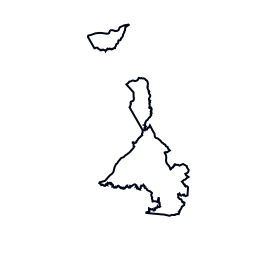 Barra do Bugres, Mato Grosso, Brazil (Albers equal-area conic projection), rotated 60°
{"feature_id": "56859067B85276228121814", "entity_name": "Barra do Bugres", "entity_type": "district", "adm_level": 2, "iso_a3": "BRA", "parent_name": "Brazil", "parent_adm1": "Mato Grosso", "projection": "albers", "projection_center": [-57.646, -15.115], "detail": "fine", "context": "isolated", "style": "outline", "palette": "ink", "viewbox_px": 256, "rotation_deg": 60, "n_neighbors": 0, "source": "geoboundaries", "source_scale": "gbopen_adm2", "svg_char_len": 5977}
<svg xmlns="http://www.w3.org/2000/svg" viewBox="0 0 256 256"><g transform="rotate(60 128 128)"><path d="M216.2,110.2L209.3,105.6L208.1,105.9L207.6,106.5L207.6,107.1L207.0,107.0L206.6,107.6L206.1,107.2L205.7,107.4L205.2,107.2L204.7,107.8L203.4,107.7L201.4,108.1L201.0,105.3L201.3,104.1L200.7,102.1L200.7,100.1L197.9,101.4L196.3,101.2L196.6,100.0L196.4,98.3L195.6,97.2L194.7,96.5L191.4,96.6L190.6,96.1L186.7,98.3L186.3,102.3L185.2,102.8L183.8,104.9L183.2,105.2L183.2,105.7L182.8,105.8L182.8,106.1L183.5,106.7L183.8,106.6L184.1,107.4L184.0,108.1L184.4,108.2L184.6,108.6L184.4,108.8L184.5,110.7L185.1,111.1L185.1,111.9L181.7,111.4L178.7,112.0L177.2,112.0L175.3,111.4L172.2,109.3L170.2,108.7L167.9,108.7L167.5,108.5L167.8,107.3L168.2,107.3L168.5,106.6L168.4,103.0L165.7,103.6L164.3,103.2L162.7,104.3L161.1,104.1L159.5,105.1L158.7,105.2L157.4,106.0L155.4,106.2L152.6,107.2L151.7,107.6L150.6,108.8L149.9,109.0L148.7,109.0L146.2,107.9L143.4,108.0L136.7,107.7L138.1,109.7L137.8,111.2L138.8,112.2L138.6,113.0L138.0,113.7L137.9,114.0L138.4,114.6L138.1,114.9L137.0,114.3L137.1,113.4L136.0,113.4L135.6,111.8L135.1,112.2L134.3,112.0L133.7,112.4L133.8,111.9L132.9,111.3L132.8,110.8L132.1,110.5L130.8,108.3L130.8,107.2L129.5,104.5L129.7,103.5L129.1,103.0L128.7,101.6L127.9,101.3L127.5,101.5L126.7,100.9L127.0,100.2L125.7,99.7L125.1,100.0L124.6,99.0L124.0,99.1L123.4,98.4L123.4,98.0L123.0,97.9L121.8,97.9L121.8,98.7L121.5,99.4L120.6,99.2L120.0,98.3L118.4,97.4L117.8,97.5L117.3,97.1L116.9,96.0L116.4,95.9L116.4,96.4L116.0,96.4L115.1,95.7L115.1,95.3L114.2,95.7L113.7,95.6L112.9,94.9L111.6,92.8L111.2,92.6L110.0,92.3L109.7,92.5L108.5,92.5L107.8,92.0L107.1,92.1L106.9,91.3L105.0,91.4L102.8,91.1L102.2,90.7L102.2,90.2L101.1,89.8L99.7,88.6L97.3,87.9L96.2,88.0L95.6,88.5L93.9,88.8L92.7,89.8L92.4,90.7L91.5,91.4L91.2,92.4L90.0,93.5L90.3,94.2L91.0,94.9L91.4,96.6L90.8,98.6L89.4,99.8L89.1,100.6L89.0,102.1L88.5,103.7L89.2,105.5L89.4,107.6L99.9,105.4L104.1,107.7L104.9,107.8L106.3,108.8L107.0,109.7L106.7,112.5L107.8,113.4L108.4,113.3L108.9,113.6L109.4,114.5L110.4,115.3L110.8,116.3L138.4,116.4L138.0,116.5L137.9,116.9L139.4,117.6L139.7,118.5L140.4,119.1L141.4,119.3L141.6,121.0L142.0,122.0L142.0,123.4L142.4,123.8L142.5,124.6L143.2,125.8L143.5,126.9L144.6,128.0L144.3,128.7L144.5,129.4L143.0,130.5L142.8,131.1L143.2,131.3L143.4,131.1L144.6,131.2L146.4,132.2L147.2,131.8L148.2,133.7L149.8,138.6L150.3,141.8L150.4,144.2L150.9,145.7L151.0,146.6L150.6,148.9L152.1,153.0L153.2,155.1L153.3,156.5L155.5,159.5L158.7,162.5L159.7,164.9L159.9,167.1L160.8,170.1L162.2,174.0L162.0,175.7L161.2,178.2L161.5,178.7L160.9,179.5L161.3,180.2L161.7,180.0L161.8,179.5L162.1,179.6L162.1,180.1L162.8,179.7L163.4,179.9L163.8,179.5L164.2,179.6L164.6,178.7L164.4,178.4L165.4,177.6L165.9,177.7L166.7,176.8L166.6,176.3L166.2,176.4L166.2,175.7L166.7,175.1L165.8,175.3L165.6,174.9L166.4,174.1L165.6,173.7L165.4,173.2L166.1,173.2L166.5,172.5L166.2,171.8L167.0,171.5L166.6,170.8L166.9,170.2L167.4,170.1L167.5,170.5L168.4,170.9L168.6,170.6L168.5,170.2L168.9,170.2L168.9,169.8L169.7,169.6L170.4,170.3L170.4,169.8L170.9,170.0L171.7,169.7L171.9,170.0L172.1,169.8L172.5,170.0L173.1,169.1L172.9,168.4L173.2,168.5L173.2,168.1L173.7,167.9L173.7,167.5L173.4,166.0L173.0,165.8L173.1,165.3L173.4,165.0L174.0,165.2L174.7,164.7L175.1,164.8L176.1,164.4L175.9,164.1L175.6,164.1L175.9,163.7L176.8,163.1L177.1,163.5L178.1,162.6L177.6,162.0L178.5,161.8L178.7,160.9L178.2,160.5L178.3,159.9L178.1,159.6L178.2,159.1L177.9,159.4L177.3,157.9L177.4,157.6L177.9,158.0L178.5,157.5L179.0,157.6L180.0,156.9L180.3,156.9L180.7,155.7L180.5,155.4L180.2,155.2L179.9,155.6L179.2,155.0L179.8,154.5L180.2,153.9L179.9,151.8L180.2,150.2L181.6,149.6L182.4,150.4L182.4,149.8L183.0,150.1L183.3,149.4L184.0,149.4L184.0,150.0L184.5,150.3L184.6,149.6L185.7,149.8L186.8,148.8L186.3,148.8L187.1,148.1L186.6,147.7L186.4,146.8L185.5,146.6L184.8,145.7L185.0,145.1L184.7,145.0L185.7,143.3L185.3,143.5L185.0,143.0L185.8,142.9L187.7,143.4L188.6,143.3L189.1,142.6L190.2,142.2L191.3,142.4L192.6,141.6L194.0,140.5L196.2,139.7L196.6,140.0L197.3,141.2L199.0,141.8L200.2,141.7L201.1,142.6L202.7,142.8L203.6,143.3L203.7,144.2L204.5,141.9L205.6,140.4L206.9,139.4L204.2,136.9L203.9,136.6L204.2,136.3L206.9,137.9L208.6,138.0L209.4,138.9L210.0,138.7L211.2,139.4L212.0,139.3L212.3,140.2L211.1,141.7L210.8,141.7L211.6,142.5L211.0,143.5L211.5,144.3L210.9,145.2L211.5,145.5L212.1,145.2L212.4,145.4L212.5,146.2L211.8,146.5L211.9,147.0L211.2,146.8L210.8,147.4L210.4,147.5L210.1,149.1L209.6,149.4L209.2,149.2L208.1,150.0L210.4,151.4L211.0,151.3L211.1,151.6L210.2,154.2L210.7,154.6L211.2,154.0L221.5,139.4L222.5,138.6L223.0,137.8L224.7,136.1L225.3,133.3L226.8,130.9L226.5,130.4L226.8,129.3L227.1,129.0L227.2,127.8L227.9,127.2L226.6,125.5L225.8,125.6L225.8,124.8L225.0,123.9L225.1,123.6L223.8,121.4L223.1,120.7L223.0,119.2L222.8,118.8L222.9,118.0L220.9,116.4L219.8,117.1L220.1,117.5L219.1,118.0L216.5,117.5L215.3,118.8L214.3,118.9L213.4,119.3L213.0,119.2L212.9,118.9L211.5,118.0L210.6,118.0L210.3,117.7L210.8,116.9L210.5,116.2L212.4,116.2L213.2,115.8L213.2,113.7L213.4,113.2L213.8,113.2L213.9,112.8L214.5,113.2L214.8,112.7L215.8,112.3L215.8,111.5L216.2,110.2ZM42.2,117.2L42.4,116.8L42.4,115.8L42.9,114.7L43.4,114.2L44.5,114.1L46.5,112.8L46.9,112.9L47.1,111.8L47.4,111.8L47.5,111.0L47.9,110.8L47.8,110.2L49.3,109.2L49.7,108.7L49.4,108.5L49.6,108.2L50.0,108.4L49.3,106.8L49.7,106.7L49.8,106.2L49.4,106.3L49.1,106.0L49.9,105.4L50.0,104.3L50.9,104.1L51.0,103.8L50.6,103.7L50.8,103.4L51.7,102.9L51.5,102.1L52.0,101.8L51.8,99.9L52.3,99.3L51.5,98.7L51.0,97.7L49.6,96.2L49.5,95.8L49.7,94.8L49.4,94.1L47.5,92.6L47.4,92.2L48.0,91.3L48.1,90.9L47.8,90.0L46.9,89.4L46.6,87.9L46.0,86.8L45.3,86.0L44.7,85.7L43.1,83.2L42.6,83.0L41.9,81.7L39.4,80.0L39.1,75.8L38.7,75.9L37.2,80.0L36.7,84.3L37.0,85.3L38.5,87.2L38.5,88.7L37.6,90.7L35.7,92.3L34.7,93.9L34.8,95.0L36.4,97.1L36.3,98.1L35.6,99.4L32.1,103.9L30.4,107.3L29.7,109.1L28.9,113.6L28.1,116.2L29.0,117.2L42.2,117.2Z" fill="none" stroke="#020617" stroke-width="2"/></g></svg>